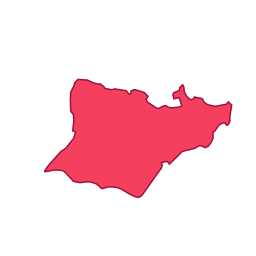 Honolulu, Hawaii, United States of America, rotated 315°
{"feature_id": "52423323B23592629733445", "entity_name": "Honolulu", "entity_type": "district", "adm_level": 2, "iso_a3": "USA", "parent_name": "United States of America", "parent_adm1": "Hawaii", "projection": "mercator", "projection_center": [-157.906, 21.485], "detail": "fine", "context": "isolated", "style": "filled", "palette": "rose", "viewbox_px": 256, "rotation_deg": 315, "n_neighbors": 0, "source": "geoboundaries", "source_scale": "gbopen_adm2", "svg_char_len": 1901}
<svg xmlns="http://www.w3.org/2000/svg" viewBox="0 0 256 256"><g transform="rotate(315 128 128)"><path d="M38.9,99.4L38.4,100.3L40.8,101.9L46.6,105.9L51.3,111.2L52.0,113.4L52.2,116.2L51.7,127.3L55.5,132.8L59.5,135.8L63.3,139.4L66.0,144.9L66.5,147.8L66.4,151.2L67.0,152.8L67.3,153.0L72.0,155.3L75.4,158.7L78.1,162.2L80.1,166.6L80.9,169.8L82.3,175.5L83.2,177.9L83.6,179.6L86.0,184.2L88.6,185.4L92.9,185.1L93.4,185.0L105.4,182.9L111.1,181.9L114.8,181.3L123.4,179.9L125.5,178.8L126.9,176.7L127.2,176.2L131.8,179.0L132.1,180.9L131.7,182.8L143.5,183.0L149.5,182.8L155.2,186.2L156.1,186.8L157.7,187.7L160.6,189.5L166.0,191.0L167.9,193.5L168.2,195.6L169.1,196.8L172.4,197.7L177.1,196.9L180.8,195.4L184.2,192.1L185.1,191.2L187.3,191.5L194.5,190.3L198.0,191.3L198.5,191.4L200.4,193.3L199.6,195.0L199.7,195.8L200.9,196.4L203.6,195.8L205.2,195.0L207.7,192.2L217.6,185.1L217.4,182.1L217.4,180.5L215.7,180.7L214.5,180.8L208.6,176.8L205.4,174.7L204.5,173.6L201.1,168.4L200.6,166.9L200.0,163.7L201.1,160.5L201.1,159.3L198.2,155.3L197.6,154.3L197.5,153.9L197.4,153.7L197.2,153.2L196.8,153.1L196.7,153.1L196.1,153.3L195.6,153.5L195.0,153.6L192.6,152.8L191.9,149.7L192.0,146.8L192.1,146.4L193.4,142.4L194.7,140.5L196.3,138.8L197.2,136.0L192.9,136.1L190.8,137.8L185.2,135.4L183.0,136.5L181.1,139.9L185.6,142.6L182.9,148.2L181.4,150.5L180.7,150.2L179.0,149.4L173.4,144.9L171.7,142.6L171.2,141.8L170.5,138.8L168.0,137.2L163.4,135.9L162.2,133.7L161.2,128.9L160.1,123.5L161.0,120.6L164.5,119.8L164.6,114.3L160.1,105.9L159.1,104.9L156.0,104.0L154.4,105.9L152.7,105.1L153.1,100.4L146.4,91.1L143.5,89.4L139.8,83.9L140.1,81.8L139.6,77.2L138.0,75.9L135.5,71.7L133.2,65.4L127.0,58.3L121.8,58.4L120.3,59.7L112.9,62.2L107.5,67.0L99.9,75.0L99.1,76.8L99.1,79.5L95.3,84.2L87.3,90.6L86.9,91.1L87.7,91.9L87.7,93.9L83.1,96.5L82.3,96.9L69.6,98.3L63.7,97.2L45.6,98.2L38.9,99.4Z" fill="#f43f5e" stroke="#9f1239" stroke-width="1.5"/></g></svg>